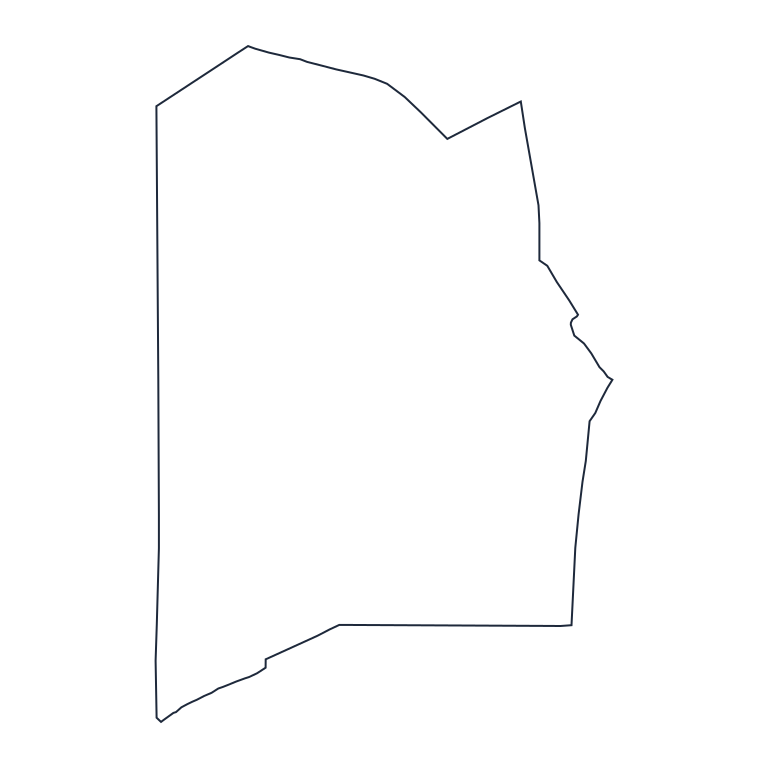 Bilma, Agadez, Niger
{"feature_id": "23599985B30294266740058", "entity_name": "Bilma", "entity_type": "district", "adm_level": 2, "iso_a3": "NER", "parent_name": "Niger", "parent_adm1": "Agadez", "projection": "robinson", "projection_center": [13.432, 20.296], "detail": "fine", "context": "isolated", "style": "outline", "palette": "slate", "viewbox_px": 768, "rotation_deg": 0, "n_neighbors": 0, "source": "geoboundaries", "source_scale": "gbopen_adm2", "svg_char_len": 1094}
<svg xmlns="http://www.w3.org/2000/svg" viewBox="0 0 768 768"><path d="M156.8,624.3L155.6,660.7L156.6,717.7L161.0,721.9L164.4,719.4L173.4,712.9L176.0,712.1L181.4,707.3L187.4,704.1L192.4,701.7L196.8,699.8L204.3,695.9L211.6,692.8L218.3,688.5L222.7,687.0L227.3,685.2L236.3,681.5L245.1,678.3L248.9,677.1L257.0,673.3L265.6,667.7L265.7,659.3L317.6,635.7L329.5,629.5L339.3,624.9L542.7,625.9L560.5,626.0L571.5,625.2L575.3,547.8L578.6,514.2L582.5,481.8L585.8,461.0L589.6,421.2L595.3,413.0L600.5,401.0L607.5,387.7L612.4,379.8L607.6,376.9L603.7,371.4L599.5,367.2L591.3,353.4L584.0,343.5L574.3,335.6L570.8,324.8L570.9,322.7L572.5,319.3L576.9,316.4L578.0,314.7L569.2,300.4L556.8,282.0L547.3,265.8L539.4,260.4L539.4,223.1L538.5,205.3L532.7,172.4L524.9,128.3L520.8,101.5L487.6,118.0L447.3,138.9L420.8,112.3L404.7,97.0L387.1,83.8L374.7,78.8L363.5,75.5L348.8,72.2L336.2,69.4L319.7,65.1L307.1,61.9L300.1,59.2L289.3,57.5L279.0,54.9L268.9,52.6L255.2,48.7L248.0,46.1L238.3,52.4L210.2,70.9L192.5,82.5L156.4,106.2L158.3,379.3L158.9,515.4L158.9,548.3L156.8,624.3Z" fill="none" stroke="#1e293b" stroke-width="2"/></svg>